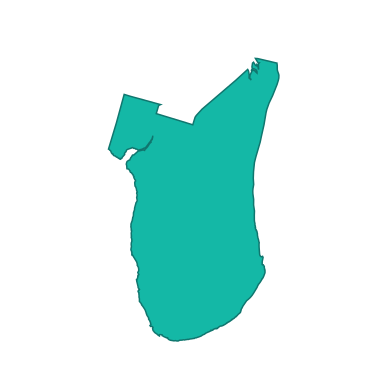 the district of Kusini, Zanzibar South and Central, United Republic of Tanzania, rotated 17°
{"feature_id": "72390352B36829534131483", "entity_name": "Kusini", "entity_type": "district", "adm_level": 2, "iso_a3": "TZA", "parent_name": "United Republic of Tanzania", "parent_adm1": "Zanzibar South and Central", "projection": "orthographic", "projection_center": [39.51, -6.327], "detail": "fine", "context": "isolated", "style": "filled", "palette": "teal", "viewbox_px": 384, "rotation_deg": 17, "n_neighbors": 0, "source": "geoboundaries", "source_scale": "gbopen_adm2", "svg_char_len": 6030}
<svg xmlns="http://www.w3.org/2000/svg" viewBox="0 0 384 384"><g transform="rotate(17 192 192)"><path d="M215.8,45.2L213.6,45.7L216.8,48.6L217.7,49.0L218.6,48.8L218.4,49.4L217.8,49.6L219.7,54.7L219.8,55.5L217.9,51.8L216.7,51.2L216.9,52.5L215.7,52.3L212.9,49.9L212.2,51.0L212.7,54.7L213.4,56.1L215.9,56.1L217.9,56.6L219.0,57.9L219.4,59.3L217.5,58.4L216.8,57.8L213.4,57.5L213.2,58.2L214.0,58.7L213.3,63.6L213.7,65.2L213.6,65.8L214.3,66.4L215.4,66.9L215.3,67.3L213.2,66.3L212.5,63.5L211.3,60.9L210.4,59.4L209.4,58.5L201.1,72.5L177.4,109.8L173.7,117.6L173.1,119.6L173.1,127.5L134.9,127.5L134.8,119.4L135.2,118.6L136.4,117.6L105.1,118.5L98.6,118.5L99.5,148.1L99.6,175.4L100.3,175.5L101.2,176.1L102.0,176.3L103.1,177.5L103.3,178.0L103.9,178.4L104.4,178.5L104.6,178.9L105.0,179.0L105.6,178.9L105.7,179.4L106.3,179.9L107.0,180.1L108.0,180.0L109.6,180.7L110.4,180.6L111.9,181.3L112.6,181.3L113.1,181.0L113.3,181.6L114.0,181.6L115.2,179.9L115.1,179.3L116.6,176.0L116.6,175.5L116.2,175.0L116.2,174.7L116.7,173.2L117.0,173.0L117.1,172.5L117.1,171.2L117.4,170.6L118.4,169.7L121.5,167.5L121.6,167.2L122.1,166.9L123.5,167.3L123.8,167.1L125.3,167.1L125.6,167.4L126.7,167.1L127.8,167.6L128.3,167.6L131.7,165.7L133.4,164.0L134.0,163.8L134.8,162.8L136.9,156.9L137.3,156.2L137.7,154.3L138.4,153.2L138.1,152.3L138.3,151.4L138.0,149.6L138.4,151.2L138.4,151.9L138.6,153.3L138.2,154.3L137.9,154.6L137.8,155.0L138.0,155.5L138.1,156.1L138.3,156.3L137.4,157.9L136.2,162.0L135.0,164.5L134.4,165.2L134.2,165.6L134.5,166.1L134.3,166.2L133.4,165.9L129.0,168.4L128.2,169.2L125.6,173.5L124.3,174.1L123.9,175.9L123.4,177.2L123.1,179.7L122.2,180.2L121.0,181.8L120.9,183.0L121.0,184.6L121.8,185.8L123.0,188.8L124.6,188.6L126.4,189.8L126.7,190.5L127.5,191.2L128.5,191.2L129.4,192.1L130.5,192.6L131.1,193.7L132.0,194.1L132.1,195.0L132.9,196.0L133.5,196.6L134.4,197.1L134.8,198.0L134.5,198.2L134.5,199.9L135.7,202.8L136.1,203.3L136.6,203.5L137.8,205.1L138.5,206.6L139.7,208.1L139.4,208.4L139.4,209.3L140.3,210.6L140.7,212.3L140.6,213.2L141.8,215.6L142.1,216.4L141.9,217.9L141.6,218.3L141.8,224.3L142.1,225.1L142.2,226.2L142.1,229.0L142.8,231.5L143.0,232.8L142.7,233.5L142.9,234.3L143.0,235.7L143.2,236.1L143.0,240.4L143.7,242.7L143.7,243.2L144.3,244.1L144.6,244.9L144.9,245.3L144.9,246.0L145.1,246.0L145.4,246.3L145.7,247.2L145.9,249.1L146.2,249.9L146.4,250.2L146.4,250.5L146.6,251.2L147.1,251.8L147.0,252.9L147.6,253.7L147.7,254.0L148.1,254.5L148.7,256.1L148.9,257.2L148.8,258.2L149.1,259.7L150.1,262.1L150.2,263.1L150.1,263.5L150.3,263.8L150.5,265.2L151.7,266.5L151.7,266.9L152.4,267.8L152.5,268.8L152.9,269.7L153.1,269.9L153.4,269.6L159.6,275.1L160.2,276.1L160.9,277.0L160.9,277.9L162.8,279.8L163.6,281.4L164.0,282.8L164.0,283.7L163.8,284.0L163.7,284.7L163.8,285.1L165.2,286.3L165.3,286.7L164.6,287.5L165.0,288.3L164.8,288.6L165.0,289.1L165.1,290.1L164.9,291.3L165.0,292.0L164.6,292.1L165.2,293.4L168.0,298.1L168.5,299.3L170.3,300.6L170.2,301.1L169.7,301.2L169.4,302.6L169.6,303.0L169.9,303.2L170.0,303.5L170.8,304.0L170.8,304.5L171.8,306.9L172.0,307.9L172.9,309.4L173.7,312.0L176.3,313.7L177.0,314.6L176.9,314.7L178.5,315.8L181.5,318.3L184.1,321.7L184.0,321.8L185.2,323.3L185.8,323.7L185.9,323.9L186.6,324.4L187.6,325.4L187.5,325.9L187.7,326.3L189.6,327.8L189.6,328.1L190.4,328.8L190.4,329.2L191.4,330.5L191.5,330.8L190.8,331.9L190.8,332.0L191.3,332.4L192.1,332.7L192.7,332.2L193.5,332.4L194.2,332.8L194.3,333.5L194.2,334.0L195.1,335.6L195.6,336.1L196.0,336.2L196.8,336.9L197.7,337.4L200.3,338.2L200.9,338.6L202.0,338.9L202.4,339.1L202.9,339.2L202.7,338.5L202.5,338.3L202.6,337.9L203.4,337.6L205.1,337.3L205.4,338.0L205.7,337.9L206.6,338.4L210.2,338.9L210.4,338.9L210.5,338.6L211.1,338.5L211.5,338.7L211.4,339.0L212.7,339.8L214.6,340.1L218.3,339.6L219.8,338.9L220.2,339.0L221.5,338.8L222.7,338.3L222.8,338.0L223.7,337.3L225.9,336.5L226.8,335.9L228.4,335.6L229.1,335.0L230.3,334.6L230.6,334.3L231.8,334.0L232.3,333.6L233.6,332.9L234.4,332.6L236.5,331.5L236.8,331.5L237.8,330.5L238.9,330.1L239.4,329.6L241.0,328.5L242.8,327.1L244.3,325.2L244.6,325.1L245.0,324.8L245.5,324.3L245.9,323.8L245.6,324.0L246.3,323.3L246.4,323.0L248.0,321.6L248.3,321.3L248.5,321.0L248.9,320.9L250.1,319.7L250.4,319.3L250.6,319.3L250.5,318.7L251.9,318.3L252.1,318.0L252.5,317.7L252.5,317.2L253.1,316.8L253.5,316.2L254.5,315.9L255.3,315.4L255.7,315.5L255.8,315.3L255.5,315.2L256.0,315.0L255.9,314.9L258.2,312.0L258.9,311.7L259.5,311.5L261.0,310.3L261.4,309.6L261.8,309.5L262.8,308.3L263.1,307.8L263.4,307.6L263.4,307.2L263.7,307.2L264.0,306.8L264.7,305.7L265.2,305.6L265.3,305.4L265.1,305.3L265.3,305.1L266.1,304.5L266.6,303.6L266.9,303.4L267.0,303.0L267.4,302.8L267.3,302.5L267.5,302.0L268.2,301.7L268.5,301.0L269.1,300.6L270.2,298.5L270.5,298.5L270.6,298.4L270.7,297.8L271.0,297.6L272.2,295.0L273.0,294.1L273.2,293.4L273.5,293.0L273.5,292.2L273.3,291.6L273.6,291.2L273.4,290.6L273.4,289.6L273.8,288.0L274.0,286.4L276.0,280.0L277.4,277.9L278.6,275.8L279.7,273.2L280.4,270.9L281.9,265.0L282.2,263.5L282.2,262.2L282.4,261.9L282.5,261.3L282.6,260.9L282.5,260.7L282.9,260.2L283.6,258.2L284.2,256.0L284.3,255.0L284.5,254.7L284.4,254.6L284.9,253.6L285.2,251.7L285.4,248.3L285.3,247.4L284.6,245.3L284.2,245.2L284.0,244.8L284.1,244.6L283.0,242.7L282.9,242.0L281.6,241.0L281.5,240.8L281.3,240.8L280.6,241.0L280.3,240.8L279.5,238.0L279.1,233.8L278.3,232.9L277.3,233.7L276.8,233.6L276.1,233.3L275.2,232.4L274.8,231.6L272.2,224.9L271.2,221.8L271.2,221.2L270.9,220.4L270.3,219.8L269.8,218.6L268.3,216.4L267.8,215.3L267.3,214.4L266.6,212.4L265.9,211.4L265.5,210.4L264.7,210.2L264.4,209.3L263.9,209.1L263.4,208.5L263.3,207.7L262.9,207.6L262.6,206.1L261.9,205.4L261.4,203.7L260.4,202.0L259.8,200.5L258.3,195.7L257.3,191.9L254.7,186.4L253.1,181.0L250.7,175.8L249.8,173.2L249.3,170.8L248.8,166.8L246.6,161.0L244.9,154.6L243.1,145.5L242.8,139.7L242.6,124.2L242.1,118.7L241.2,106.7L239.6,94.4L239.4,91.0L239.7,84.4L240.9,76.4L241.9,64.3L241.9,59.9L241.7,57.6L241.0,55.0L240.4,53.9L238.6,51.5L237.8,50.1L236.4,45.7L235.8,44.6L235.6,43.9L215.8,45.2Z" fill="#14b8a6" stroke="#0f766e" stroke-width="1.5"/></g></svg>